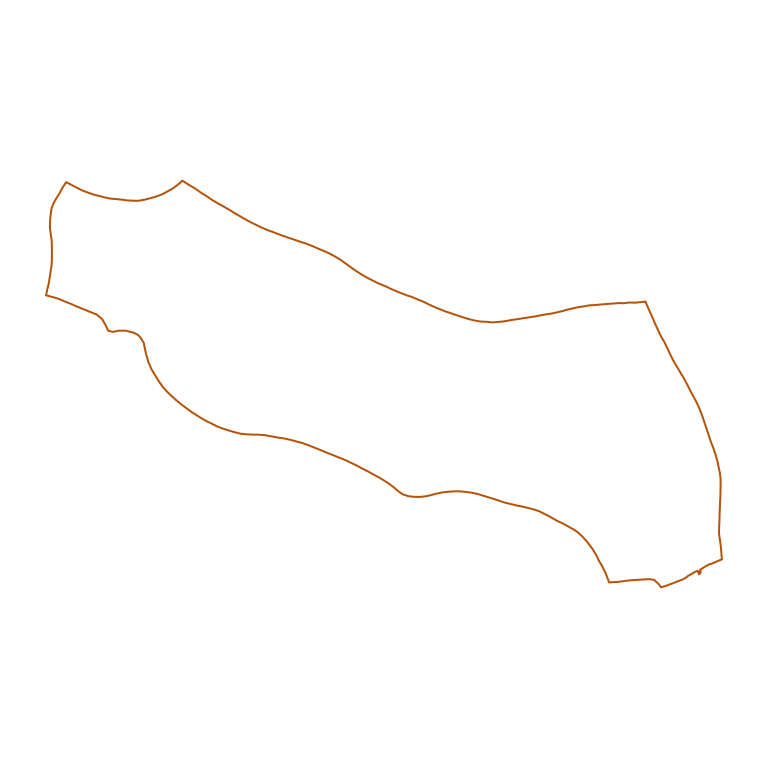 Ghayl Bawazir, Hadramawt, Yemen
{"feature_id": "15242507B58330676723626", "entity_name": "Ghayl Bawazir", "entity_type": "district", "adm_level": 2, "iso_a3": "YEM", "parent_name": "Yemen", "parent_adm1": "Hadramawt", "projection": "natural_earth1", "projection_center": [49.096, 14.883], "detail": "fine", "context": "isolated", "style": "outline", "palette": "amber", "viewbox_px": 768, "rotation_deg": 0, "n_neighbors": 0, "source": "geoboundaries", "source_scale": "gbopen_adm2", "svg_char_len": 5980}
<svg xmlns="http://www.w3.org/2000/svg" viewBox="0 0 768 768"><path d="M645.5,301.6L640.7,302.2L638.8,302.3L635.0,302.7L629.2,302.5L627.9,302.7L624.0,303.2L623.3,303.2L618.9,303.1L613.8,303.5L612.2,303.6L608.3,303.9L604.7,304.2L603.4,304.3L599.6,304.6L595.2,305.0L594.6,305.1L589.5,305.3L587.6,305.7L584.4,306.3L579.9,306.9L578.1,307.2L573.9,308.1L573.3,308.3L568.2,309.4L563.1,310.9L562.4,311.1L556.8,312.4L551.4,313.6L546.3,314.3L541.8,315.1L540.3,315.4L539.1,315.6L534.9,316.5L529.2,317.3L527.7,317.6L522.6,318.3L521.0,318.6L517.2,319.2L510.9,320.1L505.1,321.2L499.0,321.9L494.5,322.2L492.5,322.4L486.2,321.8L480.1,321.5L475.0,320.6L468.4,319.0L464.0,317.6L462.1,317.0L459.3,316.1L455.5,314.8L453.5,314.1L449.6,312.8L446.2,311.7L444.6,311.1L439.2,308.9L436.4,307.8L434.0,306.8L428.8,304.4L423.1,301.6L418.3,299.7L416.7,299.0L411.5,296.8L411.1,296.7L406.6,295.3L405.2,294.7L401.8,293.4L398.5,292.1L396.8,291.4L391.2,289.0L386.4,286.7L380.0,284.0L379.1,283.6L378.7,283.5L373.9,281.1L371.2,279.8L369.1,278.7L367.2,277.7L364.3,276.1L361.0,274.1L358.9,272.7L356.2,271.0L352.8,268.7L346.8,264.3L340.2,259.6L337.0,257.7L334.5,256.2L332.3,255.1L329.3,253.4L324.1,251.1L318.0,248.5L316.6,247.9L312.5,246.1L307.8,244.3L306.4,243.7L301.8,242.2L299.8,241.6L297.2,240.7L292.6,239.1L287.4,237.4L285.6,236.7L282.8,235.8L278.8,234.3L272.9,232.0L267.3,230.0L260.3,227.0L253.9,223.8L249.1,221.4L246.1,219.7L243.9,218.5L239.1,215.7L233.9,212.7L228.2,209.1L226.5,208.2L223.2,206.3L218.8,203.9L216.7,202.7L211.4,199.5L206.6,196.1L201.9,193.3L201.4,193.0L194.8,188.3L188.6,184.7L184.1,181.7L182.3,180.7L180.7,182.3L176.1,186.1L171.7,189.1L169.1,190.5L166.6,191.9L162.1,194.3L157.0,196.2L155.2,196.8L150.8,198.1L145.2,199.5L144.7,199.7L142.6,200.0L138.3,200.8L133.1,200.7L127.5,200.4L127.0,200.4L122.0,199.7L116.4,199.1L110.4,198.6L106.1,197.7L105.0,197.5L103.3,197.0L98.9,195.9L92.3,194.2L86.9,192.2L81.9,190.3L80.7,189.7L77.2,187.9L74.5,186.5L71.5,184.9L67.6,182.9L66.1,182.2L64.5,184.7L62.3,188.1L60.3,191.8L59.5,193.4L58.7,194.6L56.3,198.4L53.5,203.3L52.5,206.0L51.5,208.6L50.7,214.4L50.0,221.3L49.9,227.7L50.9,235.1L51.7,241.1L51.7,241.9L51.9,247.5L51.9,249.0L51.9,253.2L51.9,259.6L51.7,262.7L51.5,266.2L50.9,269.7L50.5,272.3L49.5,278.7L48.5,284.6L47.1,290.1L46.1,295.3L47.6,295.7L48.3,295.9L55.1,297.7L60.1,299.4L64.9,301.5L65.5,301.8L66.2,302.1L71.0,303.9L75.9,306.1L81.6,308.5L87.9,311.0L93.4,313.2L95.5,314.1L96.8,314.6L102.2,319.2L105.7,325.3L108.1,330.7L112.7,331.9L119.0,330.7L126.0,330.7L133.7,332.7L138.2,335.0L139.6,336.6L140.6,337.7L143.8,343.1L143.9,343.5L145.0,349.3L146.3,354.9L147.2,357.9L148.3,361.9L150.7,367.4L151.3,368.9L151.7,369.6L154.3,373.9L158.5,380.8L162.7,386.8L163.8,388.1L166.4,391.0L170.7,395.2L175.3,399.4L180.3,403.6L185.8,407.8L192.0,412.3L196.7,415.2L197.2,415.6L201.7,418.4L204.7,420.1L207.0,421.4L212.4,424.0L213.0,424.3L217.2,426.5L223.1,428.7L228.5,430.4L229.5,430.7L233.9,432.0L240.9,433.8L243.8,434.0L245.9,434.3L249.2,434.4L252.4,434.6L258.9,434.7L262.4,435.0L265.2,435.2L270.5,436.2L272.9,436.6L275.6,437.1L279.0,437.8L284.6,438.5L286.7,439.0L291.6,440.1L296.8,441.6L297.9,441.9L302.9,443.2L308.6,445.3L310.3,446.0L315.2,447.9L322.2,450.8L328.6,453.4L331.7,454.6L334.9,455.9L341.0,458.3L344.8,459.9L345.8,460.3L352.1,463.3L355.2,464.8L356.9,465.6L358.7,466.6L362.8,468.8L367.7,471.3L369.0,472.0L374.0,474.8L378.9,477.4L384.2,480.6L389.4,484.0L393.8,487.3L395.6,488.9L398.1,491.1L402.7,494.3L408.3,496.2L411.0,496.5L414.2,496.8L420.3,496.9L426.4,496.2L430.9,495.1L433.9,494.3L435.9,493.8L438.7,493.2L440.6,492.8L443.8,492.2L449.9,491.6L455.0,491.3L460.9,491.4L465.9,491.9L471.6,492.7L473.0,492.9L479.0,494.4L484.8,496.2L488.7,497.4L490.7,498.0L492.3,498.5L497.5,500.1L500.9,501.3L504.7,502.6L511.1,504.1L516.8,505.5L522.4,506.6L528.3,508.0L533.1,509.3L534.1,509.5L538.9,511.1L540.9,512.1L544.1,513.7L544.5,513.9L548.7,516.0L553.5,518.8L556.4,520.4L558.2,521.4L563.3,523.7L564.3,524.3L568.7,526.7L570.6,527.8L573.7,529.5L578.1,532.5L581.4,535.6L582.0,536.2L586.1,540.6L589.6,545.0L592.7,549.3L593.1,549.8L593.6,550.7L596.3,555.2L597.6,558.0L599.0,560.8L602.0,566.0L604.5,570.8L605.0,571.7L605.1,571.9L607.2,577.2L607.9,579.1L609.1,582.3L613.6,582.1L616.1,582.0L617.7,581.9L618.7,581.8L625.3,580.9L631.5,580.2L641.3,579.6L646.3,579.3L650.0,579.2L654.1,579.9L655.0,580.7L658.1,583.5L660.8,586.9L661.1,587.3L663.4,586.6L666.1,585.8L670.2,584.2L673.0,583.3L677.0,581.6L682.1,579.7L684.1,578.8L685.2,578.2L685.5,577.9L687.4,576.5L687.9,576.0L692.0,573.7L693.9,572.6L696.1,571.4L696.3,571.4L696.5,571.4L697.3,570.9L697.5,570.9L698.1,571.9L698.3,572.3L698.6,572.8L698.9,573.0L699.0,573.1L699.1,572.9L698.8,572.5L698.6,572.3L698.5,572.1L698.6,571.9L698.9,571.8L699.8,571.3L700.1,571.4L700.3,571.3L700.3,571.5L700.4,571.8L700.4,572.0L700.5,572.2L700.5,572.5L700.4,572.7L700.3,572.8L700.2,572.8L700.0,573.0L699.3,573.6L699.0,573.8L699.0,574.0L699.3,573.9L700.1,573.3L700.5,573.0L700.7,572.5L700.7,572.2L700.5,571.2L700.3,570.0L700.2,569.8L700.4,569.7L702.8,568.1L704.7,566.8L705.7,566.2L706.7,565.7L708.1,565.0L709.7,564.1L709.9,564.1L710.1,564.1L711.0,563.9L714.3,562.6L718.8,560.6L719.8,560.2L720.1,560.0L720.7,559.7L721.0,559.8L721.2,559.7L721.9,559.4L721.8,558.7L721.8,558.3L721.7,557.1L721.0,548.5L720.8,546.5L720.0,540.1L719.8,538.9L719.0,533.7L719.1,528.0L719.3,524.6L719.4,522.0L719.6,514.2L719.6,513.3L719.9,507.2L719.9,505.7L720.2,500.5L720.3,498.0L720.5,493.5L720.5,491.3L720.6,484.7L720.6,478.9L719.9,473.2L718.3,465.5L717.5,461.5L717.1,460.0L715.3,454.0L715.1,453.4L713.4,448.2L711.0,442.2L708.6,434.9L706.3,428.0L706.2,427.5L705.9,426.7L703.6,420.0L701.7,414.4L699.2,408.0L697.2,403.7L696.7,402.6L693.4,396.4L691.7,393.3L690.3,390.8L686.5,383.1L682.8,376.4L681.1,373.8L679.7,371.4L677.9,368.4L676.5,366.0L673.2,360.4L669.7,353.3L667.3,348.1L666.8,347.2L664.5,342.3L661.2,336.7L659.3,332.8L658.4,330.9L655.8,325.3L654.8,323.0L653.4,319.7L651.1,314.5L648.5,308.7L645.9,302.7L645.7,302.1L645.5,301.6Z" fill="none" stroke="#b45309" stroke-width="2"/></svg>